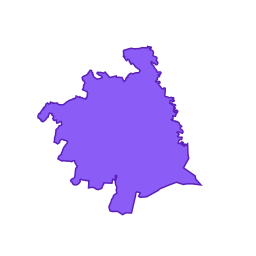 General Canuto A. Neri, Guerrero, Mexico (Robinson projection), rotated 111°
{"feature_id": "50627088B85246056724718", "entity_name": "General Canuto A. Neri", "entity_type": "district", "adm_level": 2, "iso_a3": "MEX", "parent_name": "Mexico", "parent_adm1": "Guerrero", "projection": "robinson", "projection_center": [-100.124, 18.444], "detail": "fine", "context": "isolated", "style": "filled", "palette": "violet", "viewbox_px": 256, "rotation_deg": 111, "n_neighbors": 0, "source": "geoboundaries", "source_scale": "gbopen_adm2", "svg_char_len": 5812}
<svg xmlns="http://www.w3.org/2000/svg" viewBox="0 0 256 256"><g transform="rotate(111 128 128)"><path d="M44.8,138.9L45.3,139.0L45.5,138.5L45.9,138.3L46.5,139.5L48.0,143.8L49.8,146.0L51.9,150.8L52.4,153.7L56.9,159.7L58.0,159.8L60.8,158.4L61.5,158.4L62.2,157.8L62.5,157.1L62.9,157.7L65.7,153.6L64.8,153.0L63.9,152.9L63.9,152.2L64.2,151.2L65.5,150.6L65.5,149.7L65.9,149.7L66.4,149.4L66.6,148.6L67.0,148.5L67.4,147.9L66.1,147.2L66.0,146.9L67.0,144.7L68.4,142.6L68.6,141.3L69.5,138.3L70.2,137.3L72.1,137.6L72.7,137.9L73.4,140.1L74.9,142.1L75.2,142.1L75.8,142.9L75.8,144.8L76.1,145.2L77.1,145.8L77.6,145.8L77.8,146.3L79.0,146.8L79.7,146.8L80.3,146.4L80.5,146.9L81.1,146.7L81.3,147.4L83.1,147.7L84.0,147.3L86.0,148.5L83.0,151.7L84.7,157.0L83.6,157.6L87.4,163.2L84.0,169.4L85.7,170.7L85.8,173.1L87.0,176.5L88.0,176.6L88.4,176.2L88.4,175.3L89.0,174.2L88.9,171.8L89.3,170.7L90.3,170.2L92.9,173.2L93.3,174.2L93.3,175.3L92.8,177.4L92.0,178.9L91.1,179.6L90.6,179.6L89.9,180.7L89.0,180.9L88.8,182.0L87.5,182.5L87.4,183.4L87.9,184.1L88.8,184.4L89.4,184.3L90.6,184.9L91.8,184.8L93.6,186.0L96.4,188.7L97.6,188.8L98.7,188.1L99.0,187.4L99.6,187.2L100.0,186.6L100.0,185.8L100.4,185.1L101.4,184.5L104.2,184.7L106.9,183.9L108.3,184.3L108.6,183.9L108.6,179.6L108.9,179.5L109.4,178.7L110.1,178.1L112.1,177.9L113.0,177.3L113.8,177.4L114.4,177.9L115.2,177.5L115.9,177.6L116.1,179.0L116.5,180.2L116.2,181.5L116.5,182.1L116.1,184.2L116.8,184.2L116.9,185.0L116.7,187.8L117.3,187.6L119.4,187.9L119.9,188.2L119.7,189.0L122.3,191.4L122.9,192.4L125.6,194.5L129.0,196.4L129.8,197.4L130.8,200.1L130.6,202.6L130.0,203.1L131.5,206.0L131.3,207.0L131.8,207.0L131.5,210.3L132.2,209.2L132.7,209.3L134.0,210.3L133.7,210.8L133.8,211.9L133.6,212.2L134.2,212.5L134.5,213.0L138.2,213.1L138.8,213.3L138.7,213.7L139.2,214.1L140.1,214.2L140.6,213.7L141.0,214.2L142.8,214.9L144.4,215.1L145.5,215.5L145.9,215.2L146.2,216.1L148.2,216.5L150.7,215.7L150.7,214.4L151.4,213.2L151.4,212.3L151.8,212.3L152.0,211.6L152.6,211.4L152.4,210.7L152.7,210.0L152.6,209.6L149.6,207.7L147.9,207.6L146.5,206.5L145.3,206.8L142.1,206.6L141.9,203.7L143.0,203.8L143.9,201.4L146.3,201.6L147.4,200.1L147.1,199.6L147.3,199.3L147.0,199.1L146.3,197.5L148.3,196.8L149.0,196.2L148.0,194.8L146.3,193.6L146.0,192.7L148.6,191.1L149.3,191.2L150.6,193.1L152.8,193.3L155.1,194.5L155.9,194.6L156.3,194.1L158.8,193.8L160.1,193.2L163.6,193.0L166.0,192.1L167.6,192.0L167.6,189.7L168.1,188.1L166.6,187.0L165.6,186.7L164.8,187.0L163.2,186.7L162.3,185.5L162.0,184.3L162.3,183.5L162.0,182.2L162.0,179.9L163.8,179.3L165.9,180.1L170.0,181.1L173.6,180.9L174.9,181.2L175.9,180.7L179.5,182.5L181.9,182.4L182.5,178.3L182.4,177.4L181.6,176.6L181.4,176.2L181.1,173.7L180.5,173.0L180.4,172.1L179.7,169.7L179.6,168.5L178.4,167.6L177.6,166.3L179.4,165.0L182.4,161.4L184.1,162.2L185.0,162.2L192.4,160.2L193.3,160.2L194.2,160.6L196.4,162.6L197.7,162.7L198.4,162.1L198.6,160.8L199.7,159.9L200.4,158.4L199.7,155.9L199.1,155.2L197.6,154.1L195.6,153.5L194.8,153.5L193.6,154.3L192.9,154.0L192.7,151.3L192.0,149.1L192.2,148.2L191.6,147.3L191.7,146.6L191.1,145.7L198.1,143.4L196.7,141.2L196.0,139.1L195.9,138.0L196.5,135.8L196.2,133.7L193.8,130.9L190.3,130.9L189.1,130.6L187.9,130.9L185.3,123.2L181.4,124.0L181.5,121.4L176.7,122.6L176.7,121.3L180.7,120.8L182.4,120.8L184.5,119.8L187.4,117.2L190.0,116.8L192.8,115.1L195.9,117.2L197.2,117.3L198.4,117.0L200.5,117.7L202.5,117.4L208.3,117.6L211.6,115.4L211.8,114.4L211.6,112.7L209.6,107.9L210.8,101.9L207.9,99.5L206.1,94.3L188.5,96.7L185.5,97.4L184.6,97.0L184.3,96.1L184.3,93.3L188.0,93.6L188.1,93.3L187.9,92.8L188.3,92.1L188.3,91.7L185.5,85.9L175.4,77.4L173.5,76.6L167.4,70.2L161.3,63.4L160.9,56.2L158.9,52.7L157.1,48.0L155.0,39.5L151.3,46.6L148.7,48.1L145.3,61.9L134.7,60.4L130.6,62.8L121.3,66.7L122.1,67.2L123.3,67.0L123.3,68.0L122.6,68.6L122.7,69.1L123.3,69.4L124.8,69.1L124.7,69.6L123.6,70.8L124.4,71.8L124.3,72.2L122.8,71.9L122.2,70.9L121.8,71.2L121.5,72.0L121.8,72.9L123.6,73.7L124.2,74.8L124.4,75.6L122.0,76.0L121.4,75.9L120.1,75.4L119.8,74.2L119.4,73.8L117.4,74.1L117.2,74.4L117.3,74.7L118.2,76.4L118.2,78.4L118.0,78.7L115.8,77.9L115.4,78.2L114.4,80.7L114.0,80.4L113.4,78.6L113.5,75.7L113.4,75.3L112.0,75.2L111.4,75.5L110.5,76.7L110.3,77.8L109.9,78.6L109.2,79.2L108.4,79.4L107.5,78.4L107.1,78.5L106.3,81.2L104.8,82.3L104.7,83.4L104.3,84.3L104.5,85.1L105.0,85.5L104.5,86.2L105.1,88.1L105.0,89.5L104.5,90.7L104.2,90.5L103.9,89.2L103.6,89.2L102.2,89.6L101.1,90.5L100.7,90.6L100.4,90.2L100.3,88.1L100.1,87.9L97.8,88.1L95.8,87.5L94.9,87.5L94.1,87.9L93.9,88.7L93.9,89.1L94.5,90.0L95.9,88.6L96.6,88.6L96.8,88.9L96.8,89.5L95.8,91.8L95.5,91.8L94.8,90.4L93.9,91.3L93.9,92.2L93.4,92.6L93.0,92.3L92.8,91.1L92.5,91.0L92.0,91.4L91.6,92.8L91.1,92.8L89.8,91.7L89.4,92.0L89.3,92.9L89.6,94.0L90.6,94.5L90.8,94.9L90.2,95.7L89.3,95.5L88.9,95.8L89.0,96.3L90.1,97.4L90.1,97.7L89.2,97.6L88.5,98.4L88.1,98.5L87.1,98.3L86.9,97.7L87.3,96.3L87.0,95.2L86.4,94.6L86.0,94.5L85.7,94.8L85.4,96.6L84.7,96.6L84.1,95.9L83.6,96.1L83.5,96.7L84.0,98.7L85.0,100.7L84.8,101.9L85.2,104.7L84.6,105.3L80.1,106.5L77.6,107.5L77.6,108.7L79.0,109.2L79.1,109.5L78.8,110.9L76.4,115.0L75.7,115.8L75.2,115.3L74.8,114.4L74.5,114.4L73.8,114.6L73.4,115.1L73.3,115.7L75.1,118.5L74.7,118.9L73.6,118.9L73.0,118.5L72.8,118.1L72.1,117.9L70.7,118.7L69.6,118.1L68.8,117.3L68.3,117.1L67.6,117.3L67.8,118.6L67.3,118.9L66.8,118.5L66.3,117.2L65.4,116.9L64.5,117.1L64.2,117.5L64.1,118.0L65.4,120.8L64.9,121.5L64.0,121.8L62.4,124.9L60.6,126.5L60.1,128.6L58.3,130.2L57.7,130.1L57.7,129.1L58.5,127.8L58.3,126.1L58.9,124.3L58.3,123.5L56.9,123.4L55.8,123.9L55.2,125.7L53.0,125.9L52.1,126.2L51.6,127.0L51.7,129.9L51.3,130.7L50.8,131.0L48.8,131.1L47.6,131.9L47.0,132.8L46.8,134.0L47.0,135.5L46.7,136.2L46.0,136.2L45.3,135.1L44.8,135.0L44.4,135.1L44.2,135.7L44.9,138.5L44.8,138.9Z" fill="#8b5cf6" stroke="#5b21b6" stroke-width="1.5"/></g></svg>